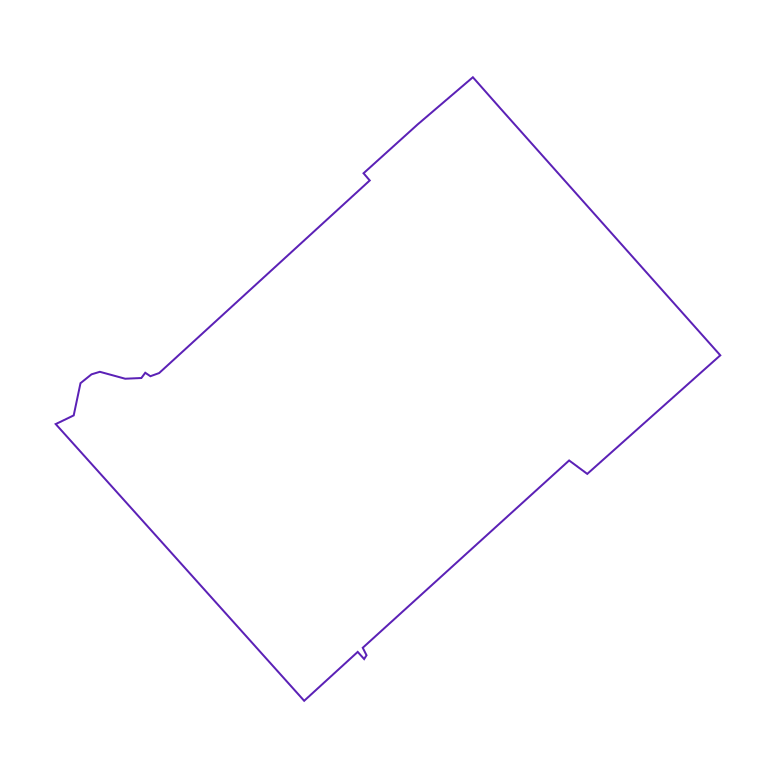 outline of Crow Wing, Minnesota, United States of America, rotated 48°
{"feature_id": "52423323B96229669667129", "entity_name": "Crow Wing", "entity_type": "district", "adm_level": 2, "iso_a3": "USA", "parent_name": "United States of America", "parent_adm1": "Minnesota", "projection": "natural_earth1", "projection_center": [-94.145, 46.481], "detail": "fine", "context": "isolated", "style": "outline", "palette": "violet", "viewbox_px": 768, "rotation_deg": 48, "n_neighbors": 0, "source": "geoboundaries", "source_scale": "gbopen_adm2", "svg_char_len": 465}
<svg xmlns="http://www.w3.org/2000/svg" viewBox="0 0 768 768"><g transform="rotate(48 384 384)"><path d="M587.7,114.9L256.8,113.1L215.5,112.7L213.6,185.4L213.7,258.2L223.2,258.4L225.4,543.8L221.9,552.4L215.9,553.9L217.2,560.3L206.9,572.8L184.8,587.0L181.1,594.9L180.3,609.0L199.7,635.6L194.1,654.8L316.8,654.9L566.0,655.3L565.5,582.8L575.1,582.8L573.9,578.5L565.8,576.3L564.7,297.6L586.8,293.1L587.7,114.9Z" fill="none" stroke="#5b21b6" stroke-width="2"/></g></svg>